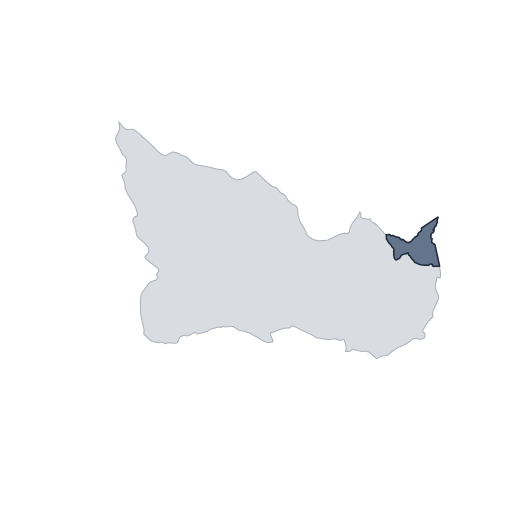 Sangha-Mbaéré highlighted on a map of Central African Republic, rotated 211°
{"feature_id": "CAF-802", "entity_name": "Sangha-Mbaéré", "entity_type": "Economic Prefecture", "adm_level": 1, "iso_a3": "CAF", "parent_name": "Central African Republic", "parent_adm1": "", "projection": "mercator", "projection_center": [16.411, 3.248], "detail": "fine", "context": "in_parent", "style": "filled", "palette": "slate", "viewbox_px": 512, "rotation_deg": 211, "n_neighbors": 0, "source": "natural_earth", "source_scale": "10m", "svg_char_len": 6587}
<svg xmlns="http://www.w3.org/2000/svg" viewBox="0 0 512 512"><g transform="rotate(211 256 256)"><path d="M346.0,196.3L350.3,197.4L351.0,198.8L349.8,203.0L350.7,205.7L353.0,208.0L355.5,208.9L357.8,209.5L365.9,210.9L369.2,212.4L373.6,217.5L379.2,222.0L380.5,224.4L380.3,226.6L378.6,229.3L378.9,230.4L381.4,233.1L384.4,235.8L389.7,238.8L399.0,243.6L403.2,246.7L404.7,249.2L407.1,251.8L410.4,254.2L412.6,256.0L411.1,261.2L411.5,262.9L412.3,264.4L414.3,266.5L415.1,269.1L417.0,272.4L419.3,273.9L423.1,274.4L425.1,276.0L429.3,278.6L433.3,280.9L435.1,282.4L436.2,283.8L437.1,285.4L437.5,287.0L437.6,290.6L438.3,294.9L440.5,297.9L442.5,300.1L434.3,297.6L433.0,297.5L431.5,298.0L427.2,301.1L425.8,301.5L420.4,300.8L407.2,298.4L397.0,296.0L394.0,295.1L388.5,294.3L384.9,295.9L381.6,301.5L380.6,302.6L375.3,304.2L372.8,303.8L366.7,305.3L357.2,303.0L353.9,303.5L351.2,304.6L344.4,307.2L340.3,308.6L335.5,309.9L331.0,311.9L327.9,313.0L324.9,313.0L322.2,311.9L319.2,310.9L315.7,310.7L312.0,311.3L308.9,313.5L307.6,315.1L304.9,319.3L301.7,326.2L300.4,327.5L299.3,328.3L284.5,324.8L278.1,324.0L273.8,325.1L268.5,323.2L266.1,322.8L265.0,323.4L262.0,322.6L257.1,320.2L252.4,319.2L248.2,319.6L245.7,318.8L243.6,316.5L240.9,312.4L236.1,308.2L229.7,304.9L225.7,302.4L224.1,300.7L220.6,299.8L215.3,299.6L210.2,301.2L202.8,306.4L196.0,317.0L192.2,321.1L189.2,322.2L188.4,324.7L189.9,328.8L190.3,333.5L189.3,341.4L189.7,347.2L188.0,346.3L186.5,343.6L185.7,343.0L181.2,344.2L178.9,345.3L177.7,346.4L176.7,346.6L175.3,345.1L174.2,344.8L172.4,345.1L170.6,345.1L169.4,344.9L168.7,345.0L166.5,344.1L158.8,341.9L157.5,341.2L155.9,341.2L151.9,343.2L149.8,343.7L143.4,344.9L136.6,345.5L133.9,345.5L132.1,346.4L131.0,347.6L128.8,354.9L128.3,356.2L128.4,358.0L127.8,363.9L128.1,365.8L119.9,382.0L118.5,379.3L117.6,376.1L117.3,372.5L117.5,371.5L117.0,370.5L116.3,367.5L116.9,365.6L116.4,363.6L114.8,361.6L113.4,360.1L112.5,358.8L111.8,358.2L110.2,358.0L108.1,357.3L99.0,347.8L89.5,337.1L87.6,333.7L86.8,331.7L89.1,331.4L89.7,331.1L89.8,330.1L88.3,327.4L87.6,323.9L86.5,321.8L82.8,318.5L79.2,316.0L78.1,314.8L77.4,312.9L76.1,301.4L75.5,298.1L74.4,296.7L73.5,296.0L73.2,295.2L73.4,293.2L73.9,291.3L73.8,290.6L74.8,289.0L74.8,278.3L73.7,276.8L71.5,276.8L70.4,275.2L69.5,273.3L69.7,271.9L71.8,269.7L73.1,268.9L77.2,267.2L78.3,266.3L79.0,265.2L79.5,263.8L81.8,258.3L85.3,252.8L86.8,251.7L90.3,243.6L91.2,241.5L91.8,239.5L92.9,237.8L96.7,235.1L99.6,230.3L102.8,230.5L106.0,231.3L110.1,231.7L113.4,230.7L115.5,228.9L125.5,225.6L126.2,223.1L127.8,221.7L129.6,220.5L130.3,220.3L130.4,221.2L131.5,223.9L133.8,226.6L137.1,229.5L138.1,229.3L140.2,227.1L145.4,225.7L146.7,225.1L150.4,221.9L154.9,219.8L157.5,219.1L162.0,216.9L165.2,217.2L170.4,216.9L179.0,215.9L185.2,215.5L188.3,215.1L189.1,214.7L190.3,211.6L191.3,210.7L193.6,209.4L198.2,204.7L201.2,200.7L202.1,199.3L202.7,199.0L204.0,197.4L202.7,195.6L197.6,192.1L197.7,191.7L197.4,191.1L197.6,190.6L199.6,189.1L202.2,187.5L205.0,186.9L212.4,187.0L218.6,186.7L220.1,186.8L225.0,185.9L228.3,185.2L231.7,183.5L239.5,183.7L245.9,179.4L247.8,178.6L248.6,177.9L248.8,177.2L251.9,175.5L255.2,172.0L257.9,168.8L258.7,166.6L266.0,158.9L268.5,159.1L269.8,158.2L272.7,153.1L273.6,152.1L276.6,151.2L278.0,149.7L279.3,147.5L279.3,144.7L278.7,142.5L278.7,141.4L279.4,140.4L280.6,139.4L286.1,136.7L287.5,135.3L288.4,134.1L289.9,133.9L291.6,134.0L292.7,133.3L293.9,132.0L297.8,130.4L301.3,129.1L305.1,129.6L311.9,131.3L313.9,134.9L314.9,136.2L323.3,144.8L324.9,146.9L329.0,153.1L331.6,157.3L334.5,163.4L334.8,166.7L334.4,169.5L333.8,177.4L333.0,179.7L329.4,184.0L329.2,185.9L330.0,187.6L331.1,188.2L331.8,189.0L331.4,192.7L332.7,194.2L335.4,195.1L342.4,195.8L346.0,196.3Z" fill="#d9dde1" stroke="#a8b0b8" stroke-width="1"/><path d="M155.3,341.3L154.1,341.8L153.6,342.6L153.0,343.1L151.9,343.2L151.2,343.0L150.8,342.9L150.4,343.1L150.0,343.4L149.7,343.7L149.5,344.0L149.0,344.2L148.6,344.3L147.4,344.2L147.0,344.3L146.3,344.6L145.9,344.7L145.1,344.6L144.8,344.7L144.4,344.9L144.2,345.1L143.8,345.3L143.6,345.5L143.4,345.5L143.0,345.4L142.8,345.5L142.4,345.6L142.2,345.4L142.0,345.2L141.7,345.0L141.4,345.0L140.6,345.1L140.3,345.0L139.8,344.8L139.5,344.8L139.1,344.8L139.1,345.1L139.2,345.4L139.1,345.6L138.5,345.9L137.9,345.9L135.6,345.3L135.0,345.3L134.3,345.3L133.0,345.7L131.8,346.5L130.9,347.6L130.4,348.9L130.2,351.3L129.5,353.1L129.5,353.8L129.3,354.4L128.3,355.8L128.0,356.5L127.9,357.2L128.2,357.8L128.5,358.4L128.7,359.0L128.5,360.0L127.4,362.2L127.5,363.4L127.8,364.0L128.2,364.5L128.5,365.0L128.4,365.7L127.5,367.4L126.9,368.8L126.5,369.7L125.2,372.3L123.9,375.1L123.0,377.0L121.7,379.8L120.2,382.9L119.7,382.6L119.8,382.4L120.0,382.0L119.9,381.8L119.8,381.7L119.4,381.4L119.3,380.7L119.3,380.4L119.2,380.2L119.0,379.9L118.4,379.2L118.1,378.5L117.8,377.9L117.8,377.7L117.8,376.6L117.7,376.1L117.3,375.4L117.2,375.1L117.2,374.4L117.6,373.4L117.8,372.9L117.7,372.3L117.3,371.3L117.2,370.7L117.3,370.4L117.5,369.9L117.8,369.6L117.4,369.5L117.1,369.5L116.7,369.5L116.4,369.5L116.3,369.3L116.3,368.9L116.2,367.9L116.3,367.1L117.1,366.3L117.3,365.7L117.2,364.9L116.9,364.3L116.6,363.6L116.2,362.7L115.6,361.8L115.3,361.6L115.0,361.4L114.8,361.4L114.4,361.5L114.1,361.6L113.9,361.5L113.8,361.4L113.8,361.2L113.4,359.8L113.1,359.2L112.7,358.6L112.1,358.1L111.6,358.0L110.4,358.1L110.0,357.9L109.8,357.8L109.7,357.9L109.3,358.1L109.2,358.1L108.9,358.1L108.6,358.0L108.4,357.8L106.3,355.6L103.6,352.7L100.7,349.7L97.7,346.5L95.3,343.9L93.4,341.9L93.5,341.7L98.0,338.8L98.6,338.5L99.0,338.4L99.3,338.4L99.5,338.5L99.9,338.7L100.0,338.8L100.1,339.5L100.4,339.6L100.8,339.6L101.6,339.4L102.0,339.3L102.3,339.1L102.5,338.9L103.1,337.2L103.6,336.8L106.9,334.8L110.2,333.4L111.3,333.0L116.0,332.4L116.6,332.4L117.0,332.4L117.3,332.5L117.5,332.6L117.7,332.8L117.9,333.0L118.2,333.1L120.6,333.7L121.3,333.9L122.5,334.5L122.8,334.8L123.0,335.0L123.5,335.3L123.9,335.3L124.9,335.3L125.3,335.3L125.7,335.5L126.0,335.7L127.0,336.9L127.3,337.0L127.5,337.0L127.7,336.9L127.8,336.7L128.0,336.5L128.2,335.5L128.4,335.3L128.5,335.1L129.2,334.7L130.3,333.6L131.4,332.2L131.6,331.7L131.7,331.3L131.8,331.0L131.8,330.6L131.7,329.4L131.8,328.5L131.9,328.0L132.0,327.6L132.4,327.0L133.5,325.2L133.8,324.8L134.1,324.7L134.7,324.9L135.5,325.0L135.8,325.1L136.5,325.6L138.5,327.9L138.5,328.1L140.4,330.9L141.2,332.5L141.3,332.7L141.4,332.8L142.5,333.6L143.8,333.8L144.1,333.8L144.3,333.9L145.8,334.9L146.9,335.2L147.7,335.3L147.9,335.3L148.1,335.4L148.7,335.7L149.6,336.0L150.0,336.2L151.1,336.9L152.6,337.6L152.9,337.7L153.0,337.9L155.3,341.3L155.3,341.3Z" fill="#64748b" stroke="#1e293b" stroke-width="1.5"/></g></svg>